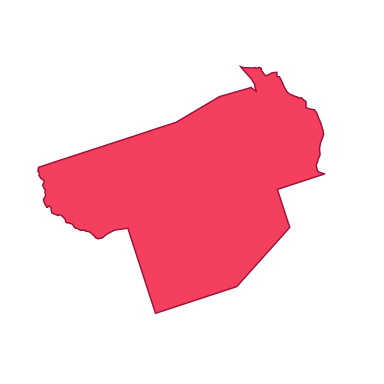 Sarmiento, San Juan, Argentina, rotated 342°
{"feature_id": "61730980B2987031825940", "entity_name": "Sarmiento", "entity_type": "district", "adm_level": 2, "iso_a3": "ARG", "parent_name": "Argentina", "parent_adm1": "San Juan", "projection": "mercator", "projection_center": [-68.823, -32.078], "detail": "fine", "context": "isolated", "style": "filled", "palette": "rose", "viewbox_px": 384, "rotation_deg": 342, "n_neighbors": 0, "source": "geoboundaries", "source_scale": "gbopen_adm2", "svg_char_len": 3752}
<svg xmlns="http://www.w3.org/2000/svg" viewBox="0 0 384 384"><g transform="rotate(342 192 192)"><path d="M324.1,215.8L323.5,215.5L322.8,215.2L321.4,214.1L321.1,213.9L318.8,212.2L317.9,210.3L318.2,206.6L318.4,204.8L319.3,203.7L321.2,201.5L322.3,199.5L324.2,197.6L324.9,196.6L325.5,195.6L325.9,193.0L326.6,190.7L326.8,189.8L327.1,189.3L329.0,185.8L329.6,184.8L329.6,184.7L331.1,182.9L331.7,182.2L333.6,179.7L335.2,177.6L335.3,176.6L335.6,173.9L335.7,169.5L335.8,166.4L335.6,163.9L335.4,161.7L335.3,160.5L335.0,155.2L335.0,154.9L334.9,154.8L333.9,151.7L331.3,150.3L328.3,148.6L326.6,146.7L327.2,145.0L328.0,142.4L328.3,141.5L327.1,139.5L324.9,135.9L323.5,136.1L321.2,133.9L319.5,132.8L315.7,129.5L313.5,126.8L313.2,125.4L312.0,119.8L311.9,117.8L311.6,114.2L310.7,109.4L308.5,108.4L309.0,106.7L309.7,104.5L305.5,103.4L305.3,103.4L301.9,103.9L298.7,104.5L297.4,103.4L295.7,98.0L296.0,95.7L294.4,94.2L293.9,94.2L291.7,94.5L290.7,93.2L288.8,93.1L286.9,92.4L283.6,91.2L279.9,89.9L278.7,89.1L278.1,88.7L277.9,88.6L277.1,87.9L277.2,88.3L277.2,88.5L278.1,90.7L280.7,96.6L281.4,98.2L283.2,102.2L284.1,105.8L284.8,108.4L284.9,108.8L285.0,109.0L284.9,109.4L284.9,109.5L284.6,110.4L284.6,110.5L284.4,111.3L284.3,111.6L284.3,111.8L284.3,112.8L284.3,115.0L284.2,115.4L284.1,115.9L280.7,111.4L280.7,110.9L279.8,110.9L247.5,109.8L198.4,120.8L196.2,120.8L188.8,120.8L180.4,120.8L175.0,120.8L160.0,120.9L75.2,121.0L54.3,121.1L53.6,121.1L53.5,121.3L53.1,122.0L53.1,122.5L53.1,123.2L52.9,123.3L52.2,123.6L52.0,124.1L52.0,124.6L52.1,125.2L52.4,126.2L52.4,126.4L52.6,127.4L52.6,127.7L52.1,128.3L51.6,128.8L51.5,129.0L51.9,130.0L52.1,130.4L52.2,131.2L52.3,131.4L52.4,131.7L52.5,132.2L52.6,132.4L52.7,132.6L52.8,132.8L53.1,133.1L53.8,134.2L54.6,135.0L54.8,135.2L54.7,135.8L54.6,136.4L54.3,136.8L52.6,138.7L52.5,138.8L52.4,139.0L52.2,139.4L52.1,140.2L52.1,140.6L52.2,141.6L52.2,141.9L52.4,142.8L52.6,143.4L52.9,144.1L53.1,144.4L53.2,144.7L52.8,145.6L52.0,146.9L52.0,148.6L52.0,149.2L51.7,149.7L51.3,150.7L51.1,151.0L50.2,151.6L50.0,151.8L49.6,152.1L49.2,152.4L48.6,153.0L48.5,153.4L48.3,153.8L48.2,154.8L48.2,155.5L48.4,156.3L48.4,157.9L48.4,158.0L48.7,159.2L49.0,159.8L49.0,160.7L49.0,160.8L49.0,161.5L49.3,161.8L50.2,161.9L50.3,161.7L50.5,161.5L51.3,161.1L51.9,161.3L52.4,161.7L52.5,162.2L52.9,162.8L53.0,163.3L53.0,164.0L52.7,164.8L52.5,165.7L52.4,166.2L52.4,166.4L52.3,166.8L52.3,167.0L52.3,167.4L52.3,167.7L52.3,168.4L52.4,168.7L52.8,169.1L53.1,169.5L53.6,169.8L53.9,170.0L54.4,170.6L54.9,170.9L55.3,171.3L56.3,171.9L56.5,172.4L57.1,172.9L57.9,172.9L58.7,172.9L59.5,173.1L60.1,173.3L60.7,174.0L61.0,174.6L61.2,175.1L61.3,175.5L61.6,175.9L62.0,176.6L62.3,177.2L62.7,177.8L62.9,178.3L62.9,179.0L62.8,180.2L62.8,180.7L62.8,180.8L62.7,181.7L63.3,182.4L63.8,182.8L64.0,182.9L64.1,183.0L64.6,183.1L65.2,183.2L66.0,183.9L66.5,184.4L67.2,184.8L67.3,184.9L67.9,185.2L68.5,186.2L68.6,186.4L68.6,186.6L68.7,187.1L69.0,188.5L69.4,189.2L69.6,189.7L69.9,190.1L70.0,190.5L70.4,190.7L70.7,190.7L70.9,190.8L71.5,191.1L71.9,191.4L72.5,192.2L72.8,192.4L73.5,193.3L74.2,193.9L74.4,194.1L75.0,194.2L75.6,194.4L76.1,194.5L76.9,194.7L77.4,195.1L77.7,195.2L78.4,195.8L79.0,196.5L80.0,197.0L80.6,197.2L81.5,197.8L81.9,198.1L82.2,198.4L82.6,198.7L82.7,198.9L83.2,199.6L83.7,200.3L83.9,200.9L84.4,201.8L84.4,202.0L85.2,203.0L85.7,204.0L85.8,204.6L85.9,205.1L86.3,205.8L86.6,206.2L87.3,206.4L87.5,206.8L88.0,207.3L88.3,207.5L88.8,207.6L89.5,207.6L90.0,207.6L90.9,207.7L91.3,207.9L91.8,207.9L92.1,207.9L92.6,207.9L93.0,207.8L94.5,207.1L97.4,205.9L106.6,204.3L107.1,204.4L119.8,206.6L119.8,241.1L119.8,278.6L119.8,296.1L120.0,296.1L205.3,295.8L246.6,271.8L256.8,265.9L274.0,255.9L274.0,243.3L274.0,215.9L276.7,215.9L323.4,215.8L324.1,215.8Z" fill="#f43f5e" stroke="#9f1239" stroke-width="1.5"/></g></svg>